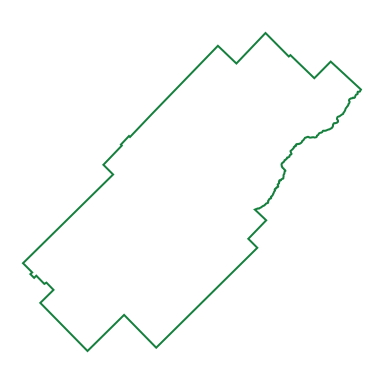 the district of Bolívar, Buenos Aires, Argentina
{"feature_id": "61730980B59149978164820", "entity_name": "Bolívar", "entity_type": "district", "adm_level": 2, "iso_a3": "ARG", "parent_name": "Argentina", "parent_adm1": "Buenos Aires", "projection": "natural_earth1", "projection_center": [-60.749, -36.292], "detail": "fine", "context": "isolated", "style": "outline", "palette": "green", "viewbox_px": 384, "rotation_deg": 0, "n_neighbors": 0, "source": "geoboundaries", "source_scale": "gbopen_adm2", "svg_char_len": 5729}
<svg xmlns="http://www.w3.org/2000/svg" viewBox="0 0 384 384"><path d="M151.6,114.3L130.0,137.0L129.0,136.0L120.9,144.6L121.8,145.6L103.4,164.8L113.1,174.5L23.0,263.2L32.2,272.4L30.4,274.1L34.1,277.9L36.3,275.7L44.3,283.9L46.4,282.6L53.5,289.9L40.3,302.9L87.5,351.0L124.1,314.9L156.2,347.7L257.3,247.8L248.3,238.8L266.2,220.3L254.9,209.6L255.4,209.4L256.0,209.1L256.4,209.1L256.8,209.0L257.2,208.6L257.5,208.5L257.9,208.5L258.2,208.4L258.8,208.6L259.0,208.6L259.6,208.1L260.2,207.8L260.6,207.6L261.1,207.4L261.4,207.2L261.5,207.0L262.8,206.1L263.1,205.9L263.4,205.9L264.2,205.5L264.4,205.4L264.7,204.9L265.3,204.6L265.8,203.8L266.4,203.4L266.6,203.4L267.9,202.9L267.9,202.7L268.0,202.5L267.9,202.3L268.0,202.0L268.3,201.8L268.3,201.6L268.1,201.3L268.1,201.1L268.3,200.5L268.5,200.3L268.8,200.1L269.1,199.3L269.4,199.0L269.7,198.7L269.9,198.7L270.3,198.7L270.6,198.6L270.7,198.4L271.1,198.1L271.2,197.7L271.0,197.4L271.0,197.2L271.0,196.8L271.6,196.3L271.7,196.1L272.1,195.9L272.4,195.5L272.6,195.2L272.9,194.7L273.0,194.1L273.3,193.9L273.5,193.5L273.5,193.2L273.8,192.6L273.9,192.3L274.0,192.1L274.1,191.8L274.2,191.6L274.6,191.1L275.0,190.6L275.0,190.4L274.7,189.9L274.7,189.6L275.0,189.0L275.2,188.8L275.6,188.5L275.7,188.4L276.2,188.4L276.3,188.1L276.3,187.9L276.4,187.6L276.6,187.4L276.9,187.2L277.3,187.3L277.5,187.2L278.0,186.9L278.2,186.5L278.2,186.1L278.0,185.8L278.0,185.5L277.7,184.9L277.7,184.7L277.7,184.4L277.8,184.3L278.0,184.2L279.0,183.4L278.9,182.7L279.4,181.8L279.4,181.6L279.4,181.4L279.3,181.2L279.1,181.1L279.4,180.5L279.6,180.2L280.0,180.2L280.5,180.4L281.0,180.2L281.1,179.8L281.1,179.6L281.3,179.4L281.6,179.3L282.1,178.9L282.5,178.8L282.6,178.7L283.0,178.7L283.3,178.4L283.4,177.9L283.4,177.2L283.6,176.5L283.5,175.4L283.6,174.9L283.7,174.6L284.2,174.0L284.3,173.8L284.3,173.4L284.4,173.2L284.5,172.3L284.6,171.9L284.6,171.7L284.8,171.4L284.9,171.2L285.3,171.0L285.4,170.9L285.4,170.7L285.3,170.4L285.1,170.2L284.9,170.1L284.7,170.0L284.5,169.6L284.3,169.5L284.1,169.4L283.8,168.9L283.6,168.5L283.2,168.3L282.6,167.8L282.5,167.7L282.4,167.5L282.4,167.4L282.1,167.1L282.1,166.9L282.1,166.5L281.9,166.4L281.7,166.1L281.7,165.7L281.6,165.0L281.5,164.7L281.6,164.4L281.8,163.7L281.8,163.4L282.2,163.1L282.5,163.0L282.6,162.8L282.7,162.7L283.2,162.3L283.3,162.1L283.5,162.0L283.6,161.9L283.9,161.8L284.3,161.2L284.4,160.8L284.5,160.5L284.5,160.3L284.7,160.1L285.3,160.0L285.6,159.8L285.9,159.3L286.2,159.1L286.4,159.0L286.6,158.8L286.9,158.5L287.1,158.3L287.1,157.6L287.5,157.4L288.0,157.5L288.4,157.3L289.1,156.9L289.4,156.7L289.5,156.3L289.5,156.0L289.5,155.9L289.7,155.7L290.0,155.0L290.5,154.7L291.0,154.5L291.3,154.3L291.5,153.9L291.5,153.7L291.4,153.5L291.3,153.4L291.1,152.9L290.9,152.5L290.8,152.1L290.7,151.9L290.5,151.3L290.5,151.1L290.6,150.9L291.2,150.5L291.3,150.4L291.6,150.1L291.9,149.8L292.0,149.7L292.3,149.5L292.7,149.2L292.8,149.0L292.9,148.8L293.4,148.3L293.7,147.9L293.8,147.8L293.9,147.7L293.8,147.4L293.8,147.1L294.0,146.9L294.3,146.7L294.6,146.7L294.9,146.1L295.1,146.1L295.3,146.1L295.4,145.9L295.6,145.9L295.8,146.0L295.9,145.9L296.0,145.7L296.0,145.4L296.1,145.0L296.0,144.9L296.2,144.7L296.2,144.4L296.3,144.3L296.5,144.2L296.8,144.2L297.1,144.0L297.3,144.1L297.5,144.2L298.2,144.1L298.4,143.9L298.6,143.9L299.4,143.9L299.6,143.9L300.1,143.5L300.2,143.3L300.8,143.1L301.0,142.9L301.7,142.3L301.9,142.0L302.0,141.4L302.1,141.2L302.6,140.7L303.2,140.4L303.5,140.1L303.7,139.6L304.3,138.9L304.8,138.1L304.9,137.9L305.2,137.7L305.5,137.6L306.6,137.4L306.9,137.1L307.2,137.0L307.4,136.9L308.3,136.9L308.5,136.9L308.9,137.1L309.0,137.3L309.5,137.5L309.8,137.6L310.4,137.6L310.7,137.6L311.0,137.6L311.8,137.3L312.7,137.3L312.9,137.2L313.4,137.2L314.0,137.4L314.4,137.5L314.8,137.5L315.5,137.3L315.9,137.3L316.2,137.2L316.6,136.9L316.7,136.7L316.9,136.3L317.0,135.8L317.0,135.6L317.4,135.4L317.9,135.1L318.3,134.8L318.5,134.4L318.8,133.6L319.0,133.4L320.2,132.8L320.7,132.7L321.1,132.7L322.1,132.2L322.3,132.0L322.6,131.4L322.7,131.2L323.0,130.8L323.3,130.7L324.8,130.8L325.1,130.8L325.3,130.6L325.6,130.6L326.3,130.5L326.5,130.4L327.0,130.1L327.6,129.8L328.1,129.7L328.8,129.4L329.4,129.4L329.8,129.2L330.0,129.1L330.3,128.7L330.8,128.5L331.2,128.4L331.5,128.3L331.7,128.2L331.9,127.6L332.2,127.4L332.6,126.9L332.8,126.7L332.9,126.2L333.0,125.7L333.0,125.4L332.9,125.1L333.0,124.8L333.2,124.4L333.3,124.2L333.5,123.8L333.6,123.6L334.2,123.4L334.3,123.1L334.6,123.1L335.6,123.2L336.3,122.8L336.8,122.8L337.0,122.7L337.2,122.3L337.4,122.2L337.8,122.0L337.9,121.9L338.0,121.7L338.0,120.6L337.9,120.3L337.7,120.0L337.1,119.4L337.1,119.1L337.0,118.5L337.1,118.1L337.3,117.4L337.5,117.1L337.8,116.8L338.4,116.6L338.9,116.4L339.2,116.4L339.6,116.3L340.0,115.9L340.5,115.5L341.0,115.2L341.3,115.0L342.2,114.3L342.9,114.1L343.0,114.0L343.3,113.6L343.3,113.2L343.5,112.7L344.0,112.2L344.3,111.8L344.5,111.4L345.1,110.4L345.2,110.0L345.3,109.7L345.4,109.2L345.9,108.2L346.4,107.6L346.8,107.1L347.0,106.8L347.1,106.5L347.5,106.2L347.9,105.8L348.3,105.0L348.3,104.3L348.4,104.1L349.0,103.6L349.4,102.7L349.6,101.9L349.6,101.7L349.3,101.1L349.0,100.7L349.1,100.2L349.2,99.7L349.3,99.5L349.4,99.4L349.8,99.1L350.0,98.9L350.4,98.8L350.9,98.4L351.1,98.4L351.3,98.3L351.5,98.3L351.9,98.4L352.1,98.3L352.5,98.0L352.8,97.8L353.1,97.6L353.5,97.7L353.8,97.9L353.9,98.0L354.2,97.9L354.8,97.5L355.0,97.2L355.4,95.8L355.7,95.2L356.1,94.7L356.3,94.5L356.9,94.4L357.3,94.2L357.5,94.1L357.6,93.9L357.7,93.5L357.5,92.6L357.5,92.4L357.7,92.1L357.8,91.8L358.0,91.8L358.5,91.8L359.1,91.7L359.5,91.7L359.8,91.6L360.0,91.4L360.1,91.2L360.4,90.3L360.5,90.1L360.9,89.8L361.0,89.6L330.7,61.6L314.3,78.2L290.4,55.1L288.8,56.5L265.5,33.0L236.4,63.5L217.9,45.8L151.6,114.3Z" fill="none" stroke="#15803d" stroke-width="2"/></svg>